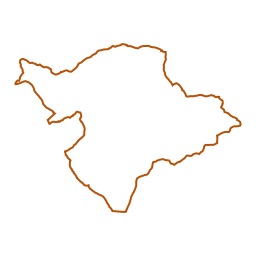 the district of Bradeni, Sibiu, Romania
{"feature_id": "2599482B92641701447003", "entity_name": "Bradeni", "entity_type": "district", "adm_level": 2, "iso_a3": "ROU", "parent_name": "Romania", "parent_adm1": "Sibiu", "projection": "albers", "projection_center": [24.875, 46.06], "detail": "fine", "context": "isolated", "style": "outline", "palette": "amber", "viewbox_px": 256, "rotation_deg": 0, "n_neighbors": 0, "source": "geoboundaries", "source_scale": "gbopen_adm2", "svg_char_len": 5636}
<svg xmlns="http://www.w3.org/2000/svg" viewBox="0 0 256 256"><path d="M240.3,125.5L240.4,125.3L240.6,124.0L240.3,123.0L240.1,121.9L238.3,120.5L237.2,120.2L237.0,119.9L237.0,119.2L236.8,118.7L234.8,117.6L232.7,116.8L230.5,115.6L230.1,115.2L229.7,114.5L228.5,113.6L228.2,113.2L224.5,112.0L224.0,109.8L221.1,107.5L221.1,107.3L222.4,104.4L222.5,103.7L222.8,103.6L222.8,102.9L222.5,100.7L222.4,100.5L220.5,99.3L218.8,97.7L218.6,97.3L218.9,96.8L218.4,96.7L217.8,96.9L215.4,97.1L214.0,95.8L213.3,95.8L212.6,95.4L211.6,95.2L210.7,95.3L206.9,96.3L206.3,96.4L204.3,96.0L202.1,95.1L201.2,95.2L199.9,95.0L198.4,95.2L197.3,95.7L195.2,95.8L193.8,96.2L190.2,96.2L188.4,96.5L186.8,96.5L186.2,96.1L185.8,94.9L185.3,93.7L183.8,91.2L183.2,90.5L182.3,90.3L182.1,89.9L182.2,89.3L182.0,88.7L181.1,87.5L179.9,85.8L179.1,84.9L177.2,83.6L176.2,83.2L174.4,84.1L173.4,84.5L172.6,85.3L171.1,82.4L169.9,81.4L168.4,79.2L167.1,78.0L166.0,76.5L165.2,74.9L165.0,74.0L164.8,72.6L163.9,70.4L163.7,69.6L164.0,66.9L163.7,65.1L164.9,61.6L165.7,60.1L165.9,59.2L165.8,58.5L165.4,57.5L165.5,56.8L165.7,55.7L165.7,52.0L163.5,51.8L161.4,51.1L161.9,50.4L159.8,49.2L157.1,48.1L154.6,47.3L153.4,47.3L151.0,47.0L150.1,46.4L148.7,45.9L143.1,46.1L140.4,46.8L138.5,48.1L137.7,48.3L135.7,48.0L131.7,46.6L130.9,46.2L128.7,46.1L127.9,46.2L127.2,45.8L127.1,45.6L127.2,45.3L126.9,45.1L126.4,44.9L125.9,45.0L125.3,44.5L123.7,44.3L123.0,44.1L122.1,44.2L120.1,45.3L116.9,46.0L115.5,46.7L115.1,46.8L114.3,46.3L113.7,46.4L112.5,46.0L111.4,47.1L111.1,47.6L109.0,48.4L108.6,48.9L108.1,49.2L103.7,49.5L101.2,50.2L98.5,50.6L96.6,52.3L96.4,52.9L96.1,53.3L95.3,53.8L92.8,55.0L91.7,55.8L91.0,56.7L89.8,57.4L87.7,57.9L85.8,58.8L82.2,61.6L81.9,62.0L81.4,62.4L78.9,63.5L78.3,64.2L77.9,65.3L76.5,67.3L74.7,69.0L73.6,69.8L71.9,71.3L71.2,71.7L70.0,71.6L68.7,71.3L67.1,70.4L65.8,70.4L65.2,70.7L63.9,71.1L62.4,71.9L61.7,72.0L60.9,71.9L60.5,72.6L58.9,73.6L57.3,74.2L55.9,74.6L55.3,74.5L54.6,74.2L51.8,72.6L51.5,72.3L50.8,69.2L50.6,69.0L49.8,68.8L48.7,67.8L46.4,67.1L44.4,67.1L43.9,67.3L43.0,66.9L42.6,66.4L41.3,65.8L40.1,64.6L39.3,64.6L38.3,65.2L37.3,65.1L36.7,65.0L36.0,64.1L35.1,63.7L34.3,63.7L32.5,62.8L31.8,62.7L30.9,63.0L30.0,63.0L29.0,62.4L26.9,60.6L26.0,60.1L23.3,59.0L22.5,58.9L22.0,59.0L21.3,59.4L20.2,60.3L20.0,62.3L20.2,63.3L20.7,63.9L20.8,64.3L20.7,66.0L20.8,66.6L22.6,69.6L22.7,70.2L22.6,71.4L23.3,72.8L22.1,74.2L20.4,76.6L19.2,80.8L17.8,80.6L17.4,80.6L16.4,81.8L15.4,83.5L15.4,83.9L15.6,84.2L15.9,84.2L18.5,83.7L22.4,82.1L24.6,81.3L25.6,81.2L28.3,82.2L29.0,82.6L31.8,84.8L33.4,87.4L34.4,90.2L34.5,91.1L38.2,95.5L39.3,96.6L39.5,97.1L41.8,99.9L42.7,102.0L43.1,103.7L43.3,104.2L43.9,104.9L44.9,105.9L46.0,107.3L52.3,110.9L52.7,111.2L53.0,111.6L53.1,112.0L53.4,112.1L53.5,112.7L54.1,113.0L54.9,113.5L48.2,119.6L47.7,120.0L49.4,123.8L50.3,123.5L51.5,122.4L52.8,121.8L54.0,121.7L55.3,122.1L56.8,122.1L58.5,121.3L58.7,121.9L59.1,121.9L60.3,121.3L61.5,120.3L62.0,120.4L62.7,120.2L63.5,119.1L64.2,118.5L67.0,117.3L68.9,117.2L69.9,117.8L70.4,117.5L71.3,116.4L72.6,116.1L72.9,115.7L72.9,115.3L73.4,115.3L74.4,114.2L75.5,113.4L75.8,112.7L76.7,111.9L77.0,111.8L77.7,111.8L79.0,112.4L80.4,112.6L80.5,113.2L81.2,115.3L81.3,116.2L81.2,117.0L80.8,117.3L80.7,117.7L80.2,118.4L80.0,119.0L80.0,119.6L81.2,121.7L82.0,122.2L82.6,123.5L83.1,124.3L83.6,125.7L84.2,126.7L84.4,127.5L84.7,129.6L84.2,132.2L84.3,134.3L84.2,134.9L83.7,135.8L82.8,136.5L82.0,137.6L80.8,138.4L79.0,139.9L77.6,141.7L76.8,142.5L76.0,143.8L74.0,145.2L73.8,145.6L72.6,147.5L71.4,148.0L69.7,149.0L67.7,150.5L65.0,151.4L65.0,152.0L65.6,153.6L65.8,155.1L67.0,156.1L67.8,157.8L70.5,160.3L70.4,160.6L70.1,161.0L70.0,161.5L69.8,163.3L69.8,165.3L70.0,166.4L70.5,167.5L71.8,169.7L72.1,169.7L72.1,170.4L72.5,170.8L72.8,171.4L73.1,171.7L73.8,172.2L73.8,173.1L75.3,174.8L75.9,175.9L76.4,176.5L76.8,177.7L77.2,177.8L77.5,178.5L80.2,181.3L82.4,183.0L82.9,183.3L83.1,183.4L83.3,183.9L84.4,185.1L84.9,185.4L87.0,185.7L88.5,185.3L88.5,185.6L88.7,186.0L88.8,186.7L89.8,188.4L90.2,188.9L91.2,189.5L92.1,190.4L94.4,192.0L94.7,192.3L95.4,192.7L96.1,192.9L98.5,194.3L101.3,195.5L102.8,196.3L104.2,197.8L105.2,199.3L106.1,200.8L106.7,202.1L109.0,205.8L109.5,207.1L110.7,208.1L111.3,208.8L112.4,211.0L122.8,211.9L125.7,211.9L125.8,211.3L126.1,211.1L126.0,210.8L127.0,209.0L127.0,208.8L127.2,208.5L127.6,207.3L128.9,204.6L129.7,202.6L130.4,200.0L130.8,199.0L131.0,197.6L131.6,196.1L132.2,195.0L132.6,193.8L133.7,192.2L135.1,189.1L135.6,187.6L136.1,186.1L136.3,183.8L136.2,182.4L136.4,180.9L136.6,179.7L137.1,178.5L137.9,177.8L139.6,176.8L143.2,175.6L145.4,174.8L146.9,174.7L148.0,173.8L148.9,172.3L149.8,170.4L151.5,168.5L152.1,167.5L152.9,162.7L153.0,162.4L153.1,162.2L153.6,162.0L155.2,161.7L155.9,161.5L157.1,160.7L159.8,159.7L162.3,159.2L163.6,159.3L165.8,160.2L167.1,160.2L169.2,160.6L170.2,162.3L170.7,163.4L171.3,163.7L172.4,163.8L173.4,164.2L174.0,164.8L174.7,164.6L176.3,163.2L177.3,162.5L178.4,162.1L180.1,161.7L180.4,161.1L181.2,160.8L183.0,159.3L184.1,158.6L185.2,157.5L185.9,156.4L187.1,155.6L187.9,155.5L189.5,155.9L191.3,155.9L191.9,155.6L192.6,154.7L193.5,154.2L194.4,153.8L196.6,153.3L199.2,154.0L200.0,153.3L200.4,152.5L202.1,151.5L202.8,150.8L203.3,150.0L203.8,148.5L204.0,147.2L204.2,146.5L204.9,145.5L205.3,145.0L205.9,144.9L208.0,145.0L211.0,144.8L211.7,144.9L213.4,144.9L214.6,144.4L215.6,143.9L216.6,143.2L217.2,143.0L217.1,141.6L217.2,140.1L217.3,138.0L217.5,137.3L217.3,136.9L217.0,136.1L217.0,135.6L217.2,135.4L218.0,135.2L222.0,133.0L224.5,132.0L229.1,131.9L229.5,131.3L230.0,130.1L230.4,128.7L230.7,128.1L232.4,127.0L233.3,126.6L234.2,126.3L236.4,126.4L237.8,126.2L238.7,126.0L240.3,125.5Z" fill="none" stroke="#b45309" stroke-width="2"/></svg>